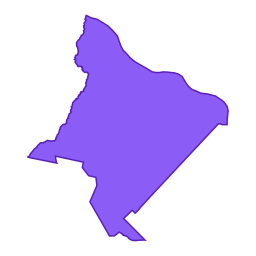 Ramallo, Buenos Aires, Argentina (Robinson projection)
{"feature_id": "61730980B89935327549189", "entity_name": "Ramallo", "entity_type": "district", "adm_level": 2, "iso_a3": "ARG", "parent_name": "Argentina", "parent_adm1": "Buenos Aires", "projection": "robinson", "projection_center": [-60.168, -33.589], "detail": "fine", "context": "isolated", "style": "filled", "palette": "violet", "viewbox_px": 256, "rotation_deg": 0, "n_neighbors": 0, "source": "geoboundaries", "source_scale": "gbopen_adm2", "svg_char_len": 5231}
<svg xmlns="http://www.w3.org/2000/svg" viewBox="0 0 256 256"><path d="M89.9,201.8L109.5,236.0L114.6,235.8L119.1,232.1L121.0,233.1L121.6,233.5L122.0,233.7L122.4,234.2L122.4,234.4L122.5,234.6L122.9,234.8L123.2,235.2L123.5,235.2L124.0,235.5L124.1,235.3L124.3,235.4L125.2,235.8L125.9,235.7L126.1,235.9L126.8,236.5L127.2,236.6L127.5,236.6L127.8,236.9L128.0,237.4L128.2,237.6L128.5,238.1L129.1,238.7L129.3,238.7L130.6,239.7L131.5,239.9L132.6,240.4L133.0,240.4L133.3,240.6L133.5,240.6L133.9,240.4L134.3,240.5L134.9,240.3L135.2,240.3L135.5,240.6L135.9,240.6L136.9,240.4L138.1,240.4L140.1,240.0L140.6,240.2L141.1,240.1L141.3,240.2L141.8,240.2L143.6,240.0L145.0,240.1L123.6,218.5L132.2,210.3L135.2,213.2L138.5,209.9L139.8,208.1L150.8,196.1L180.3,164.5L218.5,123.7L219.8,123.9L220.5,123.9L221.6,124.4L222.4,124.7L227.1,124.6L227.2,119.4L228.1,111.1L227.2,106.7L225.5,104.1L223.7,101.9L221.7,100.1L218.3,98.0L215.4,96.0L208.0,94.1L206.3,93.8L200.8,93.2L199.1,92.3L191.6,89.2L188.4,86.3L186.0,83.1L183.2,78.3L182.1,76.5L178.3,74.0L174.5,72.9L167.7,72.1L163.5,71.9L159.3,72.5L155.9,72.5L152.0,71.8L147.7,69.1L137.8,63.4L134.1,61.1L129.7,57.4L127.0,54.1L123.2,50.3L120.8,45.9L120.1,43.8L119.1,41.2L118.5,39.3L117.4,36.0L112.7,30.6L107.9,25.9L97.2,19.3L91.1,17.8L86.3,15.4L85.8,16.4L85.7,16.9L85.4,18.5L85.0,19.4L85.2,19.7L85.8,19.7L85.9,19.8L86.0,20.2L85.9,20.5L85.5,21.2L85.3,21.6L84.5,22.4L84.1,22.9L84.1,23.3L84.4,24.5L84.4,24.8L84.2,25.2L83.7,25.6L83.6,26.0L84.1,26.8L83.7,27.3L83.7,27.6L83.8,27.8L84.5,28.5L84.7,28.9L84.6,29.3L83.8,30.2L83.5,30.7L83.6,31.0L83.7,31.4L83.9,31.7L84.0,32.1L83.9,32.5L83.2,34.0L82.8,34.5L82.4,34.8L82.1,34.9L81.8,35.3L81.2,35.5L81.0,36.0L81.0,36.5L80.3,37.4L80.0,37.7L79.9,37.9L79.6,39.2L79.4,39.4L78.7,39.8L77.9,40.5L77.3,41.6L76.6,42.4L76.5,43.7L76.7,44.6L76.6,45.5L76.8,46.4L77.0,46.6L77.5,46.6L77.7,46.8L77.7,47.0L77.6,47.3L77.5,47.6L77.8,48.3L77.9,49.2L78.1,49.9L78.2,50.5L78.5,51.0L78.5,51.3L78.2,51.7L78.1,52.1L78.2,52.7L77.9,53.1L77.8,53.8L77.6,54.5L77.5,55.0L77.2,55.2L76.6,55.0L76.2,55.1L75.8,55.3L75.3,56.2L75.2,57.1L75.0,57.4L74.9,57.8L75.5,58.4L75.5,58.9L75.3,59.3L74.8,59.5L75.4,59.9L75.6,60.0L75.4,60.5L75.4,60.9L75.7,61.3L75.3,61.5L75.1,62.0L75.5,62.6L76.0,63.5L76.2,63.8L76.7,64.1L77.1,64.8L77.6,64.9L77.8,65.4L77.6,65.8L77.6,66.1L77.8,66.3L78.3,66.6L79.7,66.4L80.4,66.5L80.8,66.3L81.5,66.5L81.8,66.8L82.4,67.1L82.3,67.5L81.9,67.7L81.8,67.8L82.0,68.1L82.5,68.6L82.6,68.8L82.2,69.2L82.1,69.4L82.5,69.7L82.4,70.1L82.5,70.3L83.2,70.4L83.3,70.5L83.2,70.9L83.2,71.3L83.5,71.6L85.0,72.4L85.9,72.1L87.1,72.2L87.2,72.7L87.3,72.9L87.8,73.1L88.2,73.1L88.4,73.2L88.5,73.3L88.5,73.6L88.3,74.6L88.3,75.2L88.3,75.6L87.8,76.5L87.9,77.0L87.8,77.3L87.7,77.3L87.5,77.6L87.5,77.8L87.6,78.1L87.6,78.4L87.4,78.7L87.1,79.6L86.9,79.7L86.6,79.8L86.7,80.3L86.6,80.7L86.6,81.1L86.2,81.6L86.3,82.2L86.2,82.5L85.8,82.9L85.7,83.2L85.7,83.3L86.1,84.3L86.2,84.8L86.1,86.1L85.7,86.2L85.4,86.5L84.7,88.1L84.1,88.7L83.9,89.3L83.6,89.6L83.5,89.9L83.7,90.2L83.8,90.6L83.6,91.2L82.9,91.5L82.7,91.5L82.5,91.4L82.1,91.4L81.9,91.5L81.7,91.9L81.3,92.3L81.2,92.3L81.0,92.0L80.7,92.0L80.3,92.8L80.7,93.0L80.4,93.7L80.2,94.6L79.7,94.6L79.3,94.6L79.1,94.8L78.9,95.1L79.3,95.2L79.2,95.5L78.4,95.9L78.1,96.4L78.1,96.6L78.3,96.8L78.3,97.2L78.3,97.4L77.9,98.0L77.9,98.3L77.8,98.6L77.5,98.7L77.3,98.7L77.1,98.4L76.8,98.4L76.6,98.5L76.3,98.5L76.1,98.6L76.0,98.9L75.9,99.2L76.0,99.5L75.9,99.9L75.8,100.0L75.0,100.2L74.5,100.5L74.3,100.8L74.2,101.2L73.8,101.8L73.2,102.1L73.0,102.3L72.6,103.2L72.6,103.5L72.8,103.9L72.4,104.6L72.2,105.9L71.9,106.3L71.4,106.5L71.3,107.0L71.7,107.4L71.7,108.6L71.4,108.8L71.3,109.3L71.2,109.4L70.8,109.7L70.5,111.0L70.6,111.5L71.1,111.7L71.4,112.0L70.7,112.7L70.2,113.3L69.4,113.7L69.1,114.3L69.0,115.1L68.5,115.7L68.5,115.8L68.6,116.3L68.0,117.2L68.1,117.6L68.5,117.8L68.5,118.2L68.1,118.2L67.9,118.3L67.7,118.6L67.2,119.1L66.8,119.8L66.6,120.6L66.4,120.9L66.4,121.3L66.7,121.9L66.7,122.1L66.6,123.1L66.5,123.3L66.4,123.3L65.8,123.4L65.4,124.1L64.7,124.5L64.4,124.6L64.1,124.3L63.7,124.3L62.8,124.6L62.2,125.3L61.8,125.6L61.5,126.2L60.9,126.4L60.5,126.8L60.5,127.3L60.2,127.7L60.1,128.0L60.1,128.8L60.0,129.2L59.6,129.6L59.5,130.0L59.3,130.3L59.3,131.6L59.0,132.0L58.6,133.3L58.3,133.9L57.8,134.4L57.3,134.7L57.3,135.2L57.0,135.7L56.9,136.5L56.2,137.2L56.1,137.5L56.2,138.2L55.7,138.8L55.7,139.1L55.8,139.4L55.8,139.6L55.4,139.7L55.2,140.1L54.8,140.7L54.3,140.9L53.1,140.7L52.7,140.9L52.7,141.0L52.1,141.0L51.3,141.1L50.8,140.8L49.5,141.0L48.7,140.7L48.2,140.7L47.7,140.5L47.4,140.4L46.8,140.8L46.5,140.9L45.8,141.5L45.3,141.7L45.0,142.2L43.6,142.4L43.5,142.7L43.2,143.1L42.8,143.1L42.1,142.8L41.2,142.7L40.7,142.8L39.8,143.4L39.2,144.3L38.7,144.6L37.9,145.3L37.7,145.5L37.3,146.2L37.1,146.6L36.9,146.8L36.2,147.7L35.6,148.0L35.1,148.6L34.1,149.2L33.8,149.7L33.6,149.9L33.1,150.8L32.7,151.0L32.4,151.5L31.4,152.6L31.2,153.1L30.9,153.2L30.3,154.0L30.1,154.6L29.7,155.1L29.6,155.8L29.2,156.1L28.9,156.5L28.7,156.6L28.1,156.6L27.9,157.1L30.4,157.8L49.5,161.6L56.8,163.1L56.6,162.7L56.3,162.3L56.1,161.7L56.2,161.1L56.1,160.6L56.0,160.0L55.8,159.4L55.6,157.8L55.7,157.2L55.8,156.9L55.5,156.1L83.4,162.2L82.3,167.5L88.6,175.7L95.9,177.3L96.9,185.6L89.9,201.8Z" fill="#8b5cf6" stroke="#5b21b6" stroke-width="1.5"/></svg>